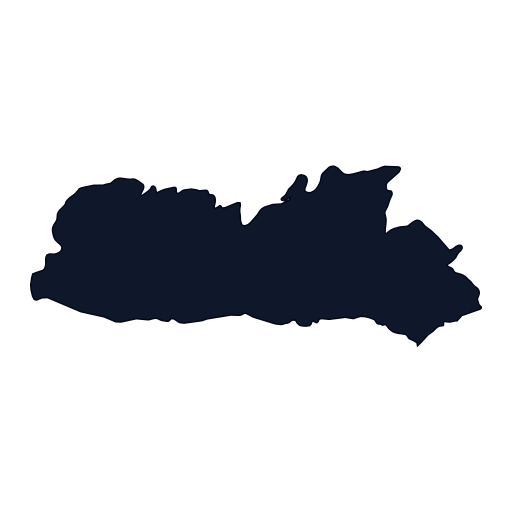 outline of Meghalaya
{"feature_id": "IND-2489", "entity_name": "Meghalaya", "entity_type": "State", "adm_level": 1, "iso_a3": "IND", "parent_name": "India", "parent_adm1": "", "projection": "mercator", "projection_center": [91.449, 25.547], "detail": "fine", "context": "isolated", "style": "filled", "palette": "ink", "viewbox_px": 512, "rotation_deg": 0, "n_neighbors": 0, "source": "natural_earth", "source_scale": "10m", "svg_char_len": 4875}
<svg xmlns="http://www.w3.org/2000/svg" viewBox="0 0 512 512"><path d="M417.5,345.8L417.0,342.7L413.3,340.5L409.1,338.6L406.7,335.2L405.4,334.3L397.6,333.2L395.0,332.5L392.9,331.7L391.1,330.4L389.0,328.6L386.8,325.7L385.8,324.8L384.7,324.5L382.6,325.2L381.8,324.8L380.8,324.1L378.6,324.0L377.4,323.6L376.5,322.7L375.1,320.3L373.9,319.4L369.9,317.8L365.1,316.6L360.3,316.4L356.3,317.6L353.5,318.6L345.2,317.3L329.2,319.3L322.0,318.6L319.7,318.9L318.8,319.9L317.9,321.8L316.8,322.7L315.5,322.3L313.6,321.3L311.9,321.4L311.1,324.0L309.6,325.6L306.1,326.1L302.3,325.9L299.7,325.3L297.4,323.3L296.3,321.4L295.3,320.2L292.7,320.0L291.4,320.6L288.9,322.6L287.1,323.1L285.5,323.3L282.5,324.3L281.0,324.5L275.2,323.8L253.1,317.0L245.9,313.2L244.3,313.3L241.0,315.0L239.2,315.3L230.9,315.0L207.0,318.9L202.2,320.6L201.0,320.8L184.1,323.1L179.9,322.6L177.7,321.5L175.9,320.1L173.9,318.9L171.6,318.6L170.8,319.0L169.2,320.7L168.3,321.2L167.0,321.3L161.5,320.4L158.3,318.9L156.6,318.3L154.5,318.3L148.5,319.8L136.2,318.7L121.0,322.0L115.8,321.8L104.2,316.9L80.8,311.7L47.6,297.6L42.0,297.8L36.6,300.0L34.3,299.5L32.6,296.3L31.2,290.4L30.7,284.8L31.4,280.0L31.6,278.4L32.7,274.0L36.5,272.5L42.7,270.5L43.9,269.6L44.7,268.4L45.4,266.4L45.8,264.2L45.7,259.4L46.0,257.1L46.9,255.1L49.4,254.0L54.0,254.2L56.3,253.8L58.5,252.8L60.2,251.7L61.1,250.6L61.6,249.6L61.9,247.8L61.8,246.7L61.4,245.9L60.4,244.7L56.4,241.0L55.3,239.8L54.4,238.2L53.7,236.5L52.7,232.3L52.5,230.2L52.6,228.3L53.1,226.6L53.9,224.9L55.8,221.9L56.5,220.6L57.0,219.2L57.2,217.5L57.5,214.0L58.4,212.0L59.8,210.1L64.3,205.6L65.4,204.1L66.1,201.7L67.5,200.0L69.8,197.7L74.7,194.2L78.4,190.1L79.2,188.9L81.6,187.8L93.7,185.3L103.2,185.2L105.6,184.4L109.7,183.6L110.8,183.2L111.6,182.6L114.7,180.0L117.2,178.7L118.6,178.3L120.6,178.2L127.9,179.2L130.4,179.3L132.3,179.1L133.7,179.1L135.2,179.4L138.3,181.1L142.8,184.3L143.5,185.3L143.7,187.5L143.3,189.1L141.9,191.8L140.9,194.1L140.7,195.1L140.6,195.6L141.2,195.9L141.7,195.8L147.8,191.5L149.9,189.6L150.5,188.9L151.6,186.7L152.4,186.2L153.6,186.1L154.9,187.0L155.6,188.3L155.9,189.8L156.0,191.2L156.5,192.2L157.6,192.5L161.1,190.8L164.7,189.4L173.8,187.4L175.1,187.4L175.8,187.8L176.2,188.8L176.3,191.7L176.7,193.0L177.5,193.5L179.1,193.1L183.0,190.4L184.5,190.0L191.0,189.1L195.6,189.7L199.4,190.8L205.2,190.3L206.9,190.4L207.9,191.6L208.8,193.9L209.7,194.7L211.4,194.8L212.9,195.1L214.3,196.3L215.0,197.8L215.3,199.9L215.2,201.9L214.2,206.5L214.4,207.8L215.4,208.4L217.6,207.2L219.8,205.7L220.3,205.7L221.2,206.4L221.6,207.7L222.9,208.0L225.2,207.7L237.4,202.7L240.0,202.8L240.4,204.8L239.7,209.4L239.7,212.0L240.2,215.0L240.5,220.8L241.8,224.9L243.9,225.8L245.6,225.6L248.2,224.6L250.9,222.3L257.6,214.5L259.9,210.8L262.0,208.7L264.5,207.1L272.9,204.5L281.4,204.0L289.5,199.7L290.0,198.5L290.3,197.4L289.5,197.4L285.8,200.1L284.9,200.5L283.7,200.6L281.7,200.2L281.2,199.3L281.6,198.3L284.8,195.7L285.8,194.6L288.8,189.1L291.4,186.6L294.0,183.6L295.6,181.1L297.7,176.6L299.1,175.4L301.2,174.8L304.2,175.5L306.0,176.7L307.0,178.5L307.2,180.8L307.2,181.1L306.9,182.4L306.0,185.6L305.2,187.5L304.7,189.6L305.0,191.1L306.5,192.2L308.5,192.7L311.1,192.5L314.3,190.8L316.3,188.8L318.0,186.4L319.8,182.8L320.5,181.0L321.4,176.1L322.0,174.5L323.0,173.1L329.1,167.3L331.3,166.4L334.0,166.2L337.5,167.9L341.8,172.3L343.8,173.8L345.6,174.4L348.5,174.7L353.2,174.0L363.1,171.3L364.7,171.2L366.4,171.6L368.1,171.6L377.7,169.1L382.4,167.0L384.6,166.4L398.2,166.9L399.5,167.3L400.1,168.0L400.4,168.9L399.1,171.9L387.5,182.2L386.9,183.1L386.3,184.4L386.1,186.0L386.1,187.9L386.8,189.8L388.0,190.6L391.1,191.1L391.9,192.3L392.1,194.4L389.6,200.2L387.5,206.5L385.0,211.4L384.8,212.8L385.0,214.4L385.5,216.3L386.0,218.9L386.0,221.7L385.1,230.9L385.0,232.6L385.6,233.4L386.7,233.4L388.3,232.0L390.6,230.2L394.1,228.6L399.9,227.0L407.3,226.3L409.5,224.8L411.1,223.4L412.9,222.1L414.9,221.0L417.2,220.2L419.5,220.7L421.8,222.3L424.8,226.0L431.3,230.9L437.9,237.2L448.7,249.6L449.0,249.8L449.3,249.9L449.7,250.1L450.3,250.0L452.3,249.2L453.3,248.6L456.0,246.6L458.0,245.5L459.1,245.3L460.1,245.3L461.3,245.7L461.9,246.4L462.2,248.0L461.4,249.6L460.5,250.9L459.4,251.8L458.3,253.0L457.5,254.1L456.1,256.8L455.1,258.2L453.8,259.6L451.2,262.0L447.9,264.2L447.4,264.7L447.4,265.4L447.8,266.4L451.6,268.1L452.7,269.0L453.6,270.8L454.5,272.0L455.2,272.7L460.2,274.1L462.0,274.7L463.2,275.3L464.9,276.3L470.9,281.9L472.9,284.5L474.2,285.9L476.8,287.8L478.0,289.0L478.9,290.7L479.3,292.5L479.0,294.5L478.4,296.3L477.5,298.3L477.5,300.0L477.7,300.9L478.2,301.9L478.4,302.8L478.7,304.0L479.3,305.1L481.2,306.9L481.3,307.9L480.4,309.0L461.7,315.6L457.0,320.9L455.5,320.8L450.0,322.0L447.6,321.9L444.4,321.4L443.8,321.8L443.5,323.1L443.6,324.4L443.3,325.5L441.5,325.9L439.8,325.9L438.2,326.6L436.3,327.9L433.1,331.1L427.8,335.0L421.2,342.3L417.5,345.8Z" fill="#0f172a" stroke="#020617" stroke-width="1.5"/></svg>